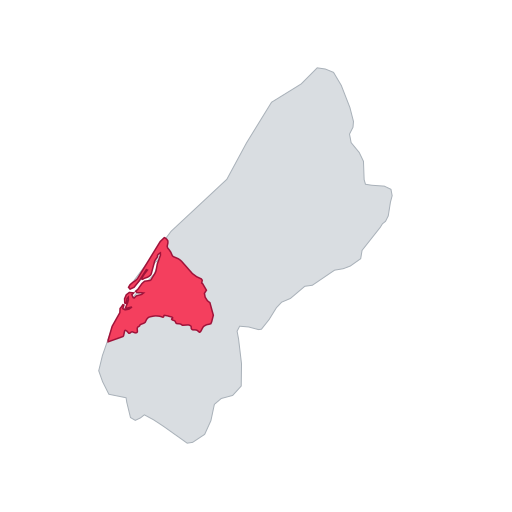 Usulután highlighted on a map of El Salvador, rotated 111°
{"feature_id": "SLV-1354", "entity_name": "Usulután", "entity_type": "Department", "adm_level": 1, "iso_a3": "SLV", "parent_name": "El Salvador", "parent_adm1": "", "projection": "mercator", "projection_center": [-88.42, 13.427], "detail": "fine", "context": "in_parent", "style": "filled", "palette": "rose", "viewbox_px": 512, "rotation_deg": 111, "n_neighbors": 0, "source": "natural_earth", "source_scale": "10m", "svg_char_len": 3778}
<svg xmlns="http://www.w3.org/2000/svg" viewBox="0 0 512 512"><g transform="rotate(111 256 256)"><path d="M180.6,149.5L184.8,150.3L212.7,159.0L221.0,157.3L231.6,164.4L236.6,170.0L241.1,177.6L263.1,192.9L266.8,199.6L283.2,208.6L289.9,215.5L296.9,218.4L310.6,221.0L322.4,224.7L323.8,227.2L324.9,237.5L327.4,246.1L333.0,246.7L339.8,242.5L361.8,230.9L382.7,223.2L394.5,227.8L401.5,237.4L409.4,241.7L425.9,239.1L440.9,240.0L452.7,248.4L455.4,253.2L448.2,281.2L445.6,293.1L444.3,303.3L448.6,305.9L452.7,309.8L451.8,315.3L438.9,324.2L434.9,326.5L437.8,343.8L428.3,354.2L419.5,361.7L404.0,363.7L377.8,364.5L338.3,356.0L309.2,344.5L293.5,344.4L298.5,348.2L310.9,350.7L327.2,358.8L322.5,361.1L263.3,344.1L194.8,310.7L153.8,305.4L106.9,296.6L79.2,275.5L58.4,266.3L56.6,258.3L56.8,249.4L66.2,237.5L83.8,221.5L95.5,213.2L101.0,211.6L108.7,212.4L116.1,207.8L122.4,196.7L129.1,189.6L146.0,182.4L149.8,179.5L148.5,173.4L144.8,161.3L145.4,153.9L150.9,150.5L157.5,149.8L171.2,146.9L177.2,147.5L180.6,149.5Z" fill="#d9dde1" stroke="#a8b0b8" stroke-width="1"/><path d="M389.1,363.3L387.6,363.9L373.2,365.1L357.7,362.8L353.7,364.1L351.6,363.4L349.1,362.8L349.1,361.7L352.9,361.5L353.2,358.9L351.2,355.6L348.1,353.5L348.8,354.8L350.8,357.6L351.5,359.3L345.5,359.1L342.6,359.4L340.0,360.5L341.7,361.2L343.0,361.0L344.5,360.5L346.9,360.5L346.9,361.7L343.0,363.4L338.7,363.2L335.4,361.2L334.3,357.0L336.0,357.7L336.6,358.1L338.9,355.8L338.9,354.7L336.1,353.4L332.9,349.0L330.8,347.7L331.4,350.2L332.3,352.2L332.8,354.0L332.1,355.8L329.6,354.4L322.6,352.6L319.5,351.0L316.8,346.1L315.5,345.3L313.5,345.1L308.0,344.0L305.6,344.0L298.8,345.3L289.4,345.5L287.3,346.4L288.5,347.3L289.7,348.0L290.9,348.2L292.0,347.7L296.7,348.8L310.1,347.4L311.6,347.6L313.7,348.8L314.9,349.9L317.0,352.4L318.4,353.5L318.4,354.7L315.3,354.2L313.0,353.8L308.0,352.3L308.0,353.5L321.7,356.3L328.9,358.6L332.1,361.7L330.9,363.8L327.9,363.3L324.6,361.5L322.4,359.9L319.9,358.6L276.8,350.6L271.7,348.2L271.6,347.8L272.3,345.4L273.5,343.7L275.5,342.9L278.8,342.4L280.3,341.2L281.3,339.3L282.9,337.0L285.8,334.1L286.2,332.9L286.4,327.6L286.9,325.5L287.6,323.6L295.2,309.1L296.6,304.1L297.0,298.8L297.9,297.5L300.7,297.0L300.9,296.0L305.7,290.0L309.3,290.8L312.7,288.7L315.2,285.3L316.1,282.3L326.6,274.6L333.4,273.8L335.4,273.9L336.4,275.2L337.8,277.4L339.0,278.5L340.4,279.6L341.7,280.0L345.8,280.5L346.8,280.8L347.4,281.3L347.4,281.8L346.6,284.0L346.5,284.5L346.5,285.0L346.8,286.5L347.3,287.7L347.5,288.4L347.6,289.0L347.5,289.4L347.3,289.9L347.1,290.2L346.8,290.5L346.5,290.7L345.6,291.0L345.2,291.2L344.9,291.5L344.7,291.9L344.6,292.4L344.5,292.9L344.5,293.9L344.6,294.4L344.7,294.8L346.7,299.1L347.0,299.8L347.0,300.2L346.6,301.5L346.6,302.2L346.7,303.1L347.4,305.4L347.5,306.0L347.4,306.4L347.2,306.8L346.3,307.7L346.0,308.0L345.8,308.4L345.7,308.9L345.6,309.4L345.7,310.4L345.6,311.5L345.4,312.0L345.2,312.2L344.9,312.2L344.6,312.0L344.4,311.7L344.2,311.6L343.6,311.6L343.4,311.9L343.2,312.3L343.2,312.8L343.2,313.3L343.5,315.6L343.5,316.7L344.1,319.9L344.3,320.4L344.5,320.6L344.8,320.6L345.6,320.4L346.2,320.6L346.5,321.0L346.6,321.6L346.6,322.7L346.7,323.7L346.9,325.0L347.8,328.1L348.7,329.9L350.4,332.6L351.5,334.1L351.9,334.3L352.2,334.6L353.5,335.1L354.3,335.4L357.6,335.7L358.4,336.2L359.2,336.9L360.7,338.6L361.4,339.3L361.9,339.6L362.3,339.6L362.8,339.6L363.2,339.8L363.6,340.0L364.2,340.6L364.5,340.8L365.0,340.9L365.4,341.0L365.9,341.0L366.4,340.9L367.2,340.5L368.8,339.7L369.3,339.6L370.0,339.7L370.6,340.3L370.9,340.8L371.0,341.4L371.1,341.9L371.1,344.4L371.5,345.0L372.1,345.5L373.2,346.1L373.6,346.7L373.7,347.1L372.5,349.4L372.3,350.0L372.2,350.5L372.2,351.4L372.5,351.7L373.0,351.8L377.5,351.1L378.0,351.1L378.5,351.2L378.9,351.4L389.1,363.3Z" fill="#f43f5e" stroke="#9f1239" stroke-width="1.5"/></g></svg>